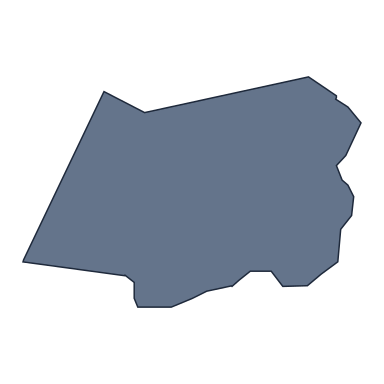 outline of Vadstena, Östergötland, Sweden
{"feature_id": "70781695B1956121953089", "entity_name": "Vadstena", "entity_type": "district", "adm_level": 2, "iso_a3": "SWE", "parent_name": "Sweden", "parent_adm1": "Östergötland", "projection": "mercator", "projection_center": [14.877, 58.447], "detail": "fine", "context": "isolated", "style": "filled", "palette": "slate", "viewbox_px": 384, "rotation_deg": 0, "n_neighbors": 0, "source": "geoboundaries", "source_scale": "gbopen_adm2", "svg_char_len": 557}
<svg xmlns="http://www.w3.org/2000/svg" viewBox="0 0 384 384"><path d="M232.0,286.4L239.4,279.9L250.3,271.2L271.2,271.2L282.8,286.4L307.4,285.7L321.2,274.1L337.8,261.8L340.7,229.3L351.6,215.5L353.4,199.3L353.7,196.7L347.9,185.1L342.1,180.1L336.4,165.6L345.8,155.5L361.0,122.9L347.9,107.0L335.7,99.2L336.4,97.6L336.4,95.8L308.5,76.9L144.6,112.6L104.0,91.6L23.6,259.8L23.0,261.9L124.7,275.7L125.0,275.2L134.2,282.4L134.2,298.3L137.8,307.1L171.3,307.1L192.5,298.3L206.7,291.2L231.4,285.9L232.0,286.4Z" fill="#64748b" stroke="#1e293b" stroke-width="1.5"/></svg>